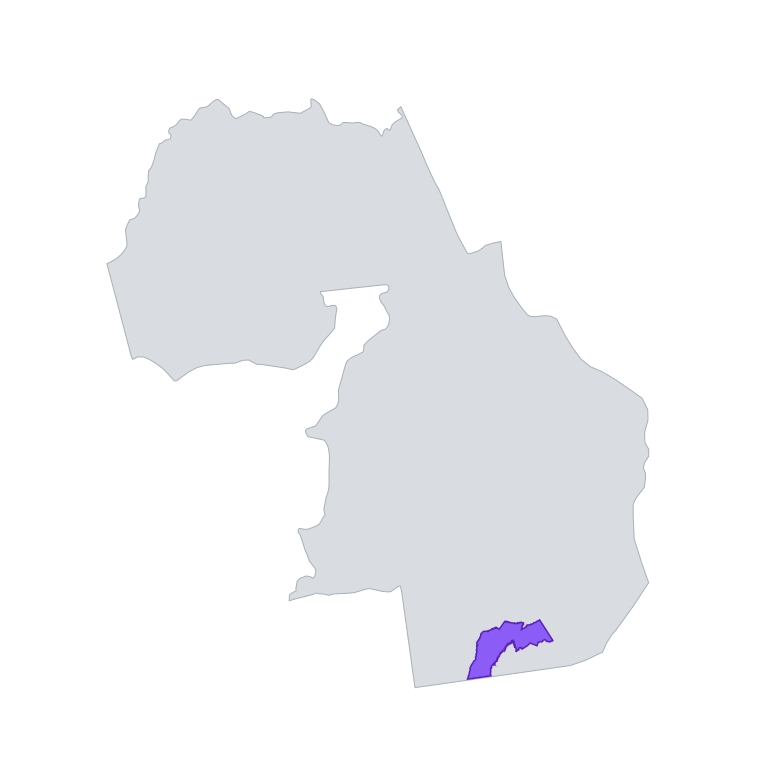 location of Kalabo, Western, Zambia, rotated 262°
{"feature_id": "96606910B70334566672203", "entity_name": "Kalabo", "entity_type": "district", "adm_level": 2, "iso_a3": "ZMB", "parent_name": "Zambia", "parent_adm1": "Western", "projection": "albers", "projection_center": [22.442, -14.856], "detail": "fine", "context": "in_parent", "style": "filled", "palette": "violet", "viewbox_px": 768, "rotation_deg": 262, "n_neighbors": 0, "source": "geoboundaries", "source_scale": "gbopen_adm2", "svg_char_len": 9295}
<svg xmlns="http://www.w3.org/2000/svg" viewBox="0 0 768 768"><g transform="rotate(262 384 384)"><path d="M508.9,519.6L474.9,518.6L462.5,520.9L452.2,524.8L439.9,531.1L432.7,535.5L430.7,538.0L429.6,543.6L429.4,552.3L428.0,558.5L424.1,564.1L405.6,570.5L393.5,575.9L381.6,582.3L372.4,590.7L366.1,601.3L355.7,614.3L334.2,637.5L321.9,641.6L311.7,640.4L299.5,635.3L289.7,634.2L282.4,637.1L275.7,636.1L269.6,631.0L264.5,629.1L260.3,630.4L255.0,630.1L245.3,627.3L237.0,618.7L232.4,615.2L228.9,613.8L218.8,612.4L195.7,610.2L171.6,614.2L150.4,618.4L128.9,599.5L108.2,579.6L103.8,574.5L95.9,567.9L90.3,564.6L88.1,563.0L82.4,545.3L79.3,529.0L79.0,372.4L175.3,372.6L181.5,372.0L181.8,370.3L177.4,361.9L177.6,358.9L178.9,353.3L183.2,342.0L183.5,338.2L181.6,325.8L181.8,318.9L183.1,305.0L182.4,300.3L184.7,294.1L185.5,289.9L186.4,288.1L185.4,283.4L183.6,266.8L182.5,259.9L188.3,261.0L190.2,264.4L191.3,268.1L193.9,268.3L200.8,270.6L203.2,273.7L204.7,280.3L203.7,283.7L201.5,286.5L203.7,288.9L208.3,290.6L211.0,290.1L218.8,285.6L226.0,284.0L229.7,282.9L245.8,280.1L249.0,278.5L251.2,278.6L252.8,279.9L251.3,284.6L250.8,288.8L252.7,296.6L254.1,300.3L257.4,303.1L259.8,304.5L262.5,307.4L268.0,306.9L280.2,311.1L283.9,313.1L289.1,315.0L292.7,315.7L305.3,317.4L318.6,319.8L325.5,320.2L330.4,319.7L333.9,318.6L336.0,317.4L337.0,316.3L342.4,301.4L344.9,300.3L348.3,299.6L350.2,301.0L352.1,310.5L361.6,319.3L364.7,326.5L367.0,332.7L369.1,334.4L372.7,336.6L378.5,337.5L383.7,337.8L409.3,348.9L412.1,350.9L415.2,356.6L416.9,362.9L418.8,367.9L422.1,369.0L425.1,369.4L428.0,372.9L430.1,376.0L437.4,388.5L438.3,393.5L442.0,396.8L446.9,398.4L451.6,398.7L454.3,397.3L461.0,395.0L466.2,392.2L470.0,391.3L472.2,392.0L473.9,394.1L474.8,400.3L478.3,402.5L481.1,401.7L482.2,399.4L482.3,398.1L484.3,333.8L482.0,334.2L478.9,335.9L472.1,335.9L469.3,337.2L468.4,339.2L468.9,341.9L468.9,345.6L467.9,347.2L464.8,347.8L460.5,346.3L452.7,344.2L446.1,342.9L441.6,337.9L435.4,330.5L431.3,326.7L421.4,318.8L419.7,317.2L416.8,313.6L414.3,307.5L412.0,300.5L410.7,296.0L413.3,289.3L419.9,267.2L421.4,260.3L426.6,253.4L427.1,247.1L425.3,239.0L426.0,234.5L427.3,209.1L426.2,201.0L423.1,192.0L416.1,179.4L416.2,176.8L427.7,169.0L431.2,166.1L437.3,159.7L441.5,154.3L444.1,149.9L445.2,144.1L443.4,138.5L447.4,137.5L541.7,126.4L542.9,130.2L545.5,136.6L548.6,141.4L552.4,145.6L555.8,148.2L558.0,149.0L572.5,149.4L577.6,152.0L582.0,155.3L582.9,160.3L585.7,163.4L588.8,165.9L590.2,166.3L592.6,165.8L596.4,165.9L600.0,167.1L601.6,168.2L601.6,172.3L602.7,174.2L607.5,175.1L612.5,175.6L617.1,178.6L622.3,179.3L628.2,180.7L630.9,183.8L637.1,187.1L644.8,190.2L653.2,195.1L653.3,196.5L654.6,199.2L656.0,201.2L656.0,204.0L656.6,206.7L658.8,207.4L660.6,207.7L662.4,205.9L664.6,206.0L667.1,207.3L667.8,210.4L669.6,214.5L672.6,217.4L674.6,220.2L673.6,225.0L672.1,229.4L676.2,234.0L681.5,238.4L682.9,240.3L683.1,246.5L683.8,248.6L687.4,254.0L689.0,257.5L688.8,259.4L678.2,269.1L671.8,270.4L669.0,272.3L667.3,274.4L670.8,284.7L672.8,288.7L670.7,293.4L666.3,301.4L664.4,302.0L663.8,308.2L664.9,310.5L666.8,312.4L667.4,316.7L666.8,327.1L663.7,338.8L667.7,349.4L669.2,350.6L675.5,351.0L676.5,351.9L674.9,354.8L670.3,359.2L662.1,362.3L650.4,365.7L647.8,369.3L646.1,374.7L647.2,378.0L648.6,379.9L647.9,384.6L646.7,389.6L646.8,393.5L646.1,397.0L644.6,398.7L642.3,403.8L639.6,409.0L637.5,411.4L634.6,413.7L629.9,415.7L630.0,416.7L635.0,419.4L636.2,421.1L636.7,422.3L634.4,424.9L636.7,426.6L639.5,428.1L642.1,431.8L644.9,438.6L645.4,439.3L646.3,439.4L648.0,438.8L651.3,436.2L653.6,435.4L656.2,439.3L607.8,453.5L596.4,456.4L579.5,461.5L573.9,463.4L569.5,465.4L524.7,476.5L517.6,478.8L501.8,484.8L501.2,485.8L501.3,488.8L502.4,495.0L505.0,500.7L507.2,504.0L508.4,512.3L508.9,519.6Z" fill="#d9dde1" stroke="#a8b0b8" stroke-width="1"/><path d="M132.2,470.6L125.2,464.1L125.7,463.9L125.9,463.4L125.8,463.1L126.6,462.3L126.5,461.7L127.3,461.5L127.6,460.9L127.4,460.7L127.2,460.8L126.9,460.3L126.6,460.2L126.7,459.7L127.1,459.2L126.4,458.8L126.2,457.9L126.4,457.8L126.5,457.5L126.8,457.2L126.7,456.9L125.9,456.7L125.9,456.2L125.6,455.5L125.7,455.2L125.2,454.2L125.3,453.5L124.4,452.8L124.5,452.4L124.9,452.2L125.2,451.7L124.8,450.7L124.9,450.0L125.2,449.3L125.1,449.0L125.1,448.1L124.7,447.2L124.0,446.6L123.5,445.5L122.9,445.4L122.8,445.1L122.2,444.8L121.6,444.9L120.6,444.5L120.0,443.7L118.8,443.6L118.5,443.2L118.3,442.6L117.8,442.2L117.1,442.1L117.0,441.7L116.5,441.5L116.1,440.6L115.8,440.6L115.1,440.2L114.7,439.7L113.7,439.8L112.5,440.5L112.3,439.5L112.1,439.3L111.7,439.3L111.3,439.5L111.0,439.3L110.2,439.3L109.2,439.0L108.7,439.0L108.0,438.7L107.8,438.8L107.5,438.4L106.2,438.7L105.6,438.5L105.2,438.5L104.6,438.3L104.5,437.9L103.4,437.9L103.1,437.8L103.1,437.5L102.3,437.5L102.3,437.4L101.8,437.3L101.3,437.0L101.1,436.7L100.7,436.6L100.4,436.8L100.1,436.6L99.5,436.7L98.2,436.2L97.6,435.4L97.5,435.1L97.0,434.6L96.9,434.1L95.6,433.4L93.5,431.4L91.1,429.9L90.2,429.5L89.5,429.8L87.4,428.7L86.7,428.6L85.8,428.1L85.2,428.1L84.6,427.8L83.2,427.2L83.2,426.9L82.4,426.9L81.5,426.2L80.1,425.6L80.2,449.2L80.6,449.0L80.8,449.2L81.0,449.1L81.2,449.3L81.7,449.0L82.7,449.0L83.3,449.5L84.0,449.5L84.5,449.8L85.0,449.6L85.5,449.8L86.3,449.5L86.8,450.1L87.1,450.3L87.3,450.2L87.5,450.5L87.6,450.4L87.7,450.7L88.0,450.9L88.1,450.5L88.3,450.5L88.7,450.5L88.8,450.7L89.0,450.7L89.1,451.0L89.6,451.2L89.9,451.6L90.1,451.6L90.2,451.9L90.5,452.0L90.9,452.5L91.0,453.0L90.8,453.1L91.0,453.2L90.6,453.3L90.6,453.7L90.7,453.8L91.0,454.0L90.8,454.3L91.0,454.2L91.0,454.5L91.3,454.5L91.2,454.6L91.3,454.6L91.4,454.8L91.6,454.7L92.0,455.0L92.3,454.7L92.5,454.9L92.5,454.7L92.8,454.7L92.9,455.3L93.2,455.6L93.2,455.9L93.5,456.2L93.7,456.5L93.9,456.4L93.9,456.8L93.7,456.8L93.7,457.1L93.9,457.0L94.0,457.2L94.4,457.5L94.6,457.3L94.9,457.3L94.9,457.6L95.2,457.7L95.4,457.9L95.6,457.8L95.7,458.0L95.8,457.7L96.3,457.9L96.6,457.8L96.6,458.0L96.8,457.9L96.7,458.0L96.8,458.0L97.0,458.0L97.2,458.4L97.1,458.7L97.5,458.9L97.7,459.3L97.8,459.3L97.7,459.4L98.0,460.2L98.4,460.1L98.8,460.4L99.1,460.4L99.5,460.9L99.8,460.8L100.1,461.2L100.3,461.0L100.6,461.0L100.8,461.1L100.9,461.4L101.3,461.6L101.2,461.8L101.3,461.8L101.4,462.0L101.6,462.2L101.4,462.7L101.9,463.2L102.1,463.2L102.0,463.6L102.5,463.7L102.4,463.9L102.7,464.0L103.3,464.4L103.2,464.5L103.3,464.7L103.1,464.8L103.2,465.2L103.1,465.3L103.3,465.3L102.9,465.8L102.9,466.0L103.2,466.0L103.2,466.4L103.3,466.5L103.5,466.4L103.6,466.6L103.8,466.9L104.0,466.8L104.1,467.0L104.3,467.0L104.6,467.1L105.0,467.4L105.3,467.6L105.4,467.4L105.7,467.4L105.6,467.2L105.7,467.3L105.9,467.4L105.9,467.2L106.2,467.6L106.5,467.5L106.4,467.6L106.6,467.6L106.7,467.8L106.6,468.1L106.9,468.2L106.9,468.5L107.1,468.5L107.2,469.0L107.8,469.0L107.9,469.4L108.1,469.5L108.2,469.3L108.3,469.5L108.5,469.5L108.3,469.9L108.6,469.8L108.5,470.3L108.7,470.0L108.8,470.3L108.9,470.1L109.0,470.2L108.9,470.4L109.1,470.6L108.9,470.7L109.1,470.9L109.0,471.1L109.3,471.1L109.0,471.3L109.1,471.6L109.3,471.7L109.2,471.9L109.4,472.1L109.1,472.1L109.1,472.3L109.4,472.3L109.3,472.7L109.6,472.8L109.4,473.1L109.6,473.2L109.4,473.4L109.7,473.7L109.6,474.1L109.7,474.3L109.9,474.3L110.1,474.4L110.5,474.8L110.5,474.6L110.9,474.6L111.0,474.5L111.1,474.3L111.4,474.2L111.4,474.4L111.6,474.3L111.9,474.7L111.8,474.9L111.9,475.3L112.2,475.5L112.3,475.8L111.0,475.7L110.8,476.1L111.0,476.7L110.9,477.0L109.7,477.0L109.7,476.6L110.0,476.6L109.9,476.4L109.4,476.0L109.2,476.2L108.5,476.1L108.3,476.4L107.7,476.7L107.7,477.1L107.3,477.4L107.0,477.1L106.7,477.3L106.4,477.0L106.1,477.1L106.2,476.7L105.9,476.8L105.6,476.6L105.2,476.7L105.1,477.3L104.7,477.3L104.5,477.7L103.9,477.9L103.0,478.0L102.0,477.6L101.5,477.8L101.0,477.5L100.7,477.8L101.2,478.7L102.0,479.3L101.9,480.5L102.4,480.7L103.4,480.5L104.0,481.0L103.9,481.9L103.6,482.3L103.9,482.5L103.9,483.1L103.6,483.4L103.3,483.2L102.8,483.8L102.3,483.9L105.0,489.8L105.9,490.8L107.1,492.7L103.5,499.1L106.6,500.6L106.5,501.0L107.1,502.7L107.1,503.4L106.6,504.4L107.1,505.2L107.6,505.4L108.4,507.2L108.4,507.7L108.1,508.3L107.3,508.6L106.4,509.3L106.6,510.0L105.8,511.3L105.6,511.9L105.5,512.4L105.8,512.8L105.7,513.1L106.2,513.7L106.3,514.0L106.1,514.4L106.4,514.6L106.4,514.9L106.2,515.5L105.9,515.8L128.7,505.3L128.5,505.0L128.5,504.6L128.0,504.4L128.0,503.6L127.8,503.1L127.9,502.7L127.5,502.0L126.7,501.1L126.9,500.6L126.7,499.3L126.4,498.6L126.1,498.5L125.6,497.5L125.8,497.0L125.5,496.3L125.7,495.6L125.1,495.1L125.0,494.9L125.3,494.4L125.3,493.2L125.1,492.8L125.4,492.6L125.4,492.1L125.1,492.0L124.8,492.1L124.4,491.1L124.0,491.2L123.3,490.9L123.5,489.9L122.6,488.7L122.4,487.4L122.1,487.2L121.9,486.6L122.0,486.4L121.8,486.0L123.5,486.8L123.9,486.4L124.2,486.4L124.6,487.0L125.1,487.1L125.2,487.3L125.5,487.2L125.6,487.7L126.2,487.6L126.5,487.9L126.5,488.4L126.6,488.6L127.1,488.4L127.4,488.5L127.8,489.0L128.0,489.0L128.0,488.5L128.4,487.7L128.4,487.0L129.0,486.8L129.1,486.6L128.7,485.9L129.0,485.1L128.5,484.6L128.7,483.8L128.1,483.4L128.3,483.1L128.7,483.1L129.0,482.9L128.5,482.3L128.6,481.5L128.3,480.9L128.9,480.4L129.2,479.9L129.2,479.5L128.9,479.3L128.9,479.0L129.4,478.5L129.8,476.5L130.3,475.8L130.4,475.0L131.1,474.5L131.1,474.3L130.7,473.9L130.6,473.6L130.9,473.2L131.7,472.9L132.0,472.4L131.9,472.1L131.3,471.8L131.3,471.3L131.9,471.1L132.2,470.6Z" fill="#8b5cf6" stroke="#5b21b6" stroke-width="1.5"/></g></svg>